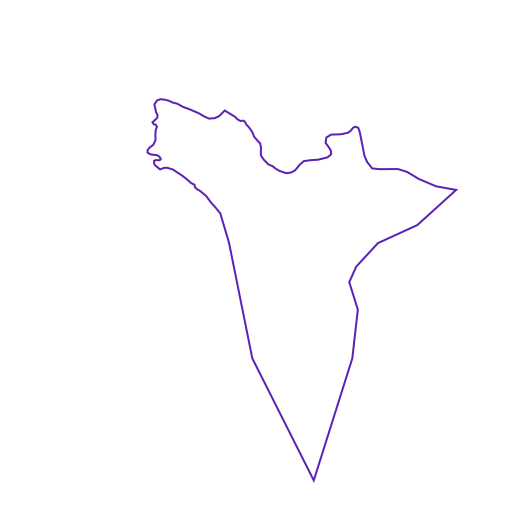 the Governorate of Ma'rib, rotated 121°
{"feature_id": "YEM-337", "entity_name": "Ma'rib", "entity_type": "Governorate", "adm_level": 1, "iso_a3": "YEM", "parent_name": "Yemen", "parent_adm1": "", "projection": "equal_earth", "projection_center": [45.213, 15.324], "detail": "fine", "context": "isolated", "style": "outline", "palette": "violet", "viewbox_px": 512, "rotation_deg": 121, "n_neighbors": 0, "source": "natural_earth", "source_scale": "10m", "svg_char_len": 1551}
<svg xmlns="http://www.w3.org/2000/svg" viewBox="0 0 512 512"><g transform="rotate(121 256 256)"><path d="M213.4,164.6L230.4,162.6L249.5,141.1L294.2,120.7L418.6,90.9L345.6,206.5L258.6,285.9L237.9,308.5L234.8,317.1L233.6,321.4L230.2,329.8L229.0,337.8L229.1,341.3L228.4,343.8L226.5,345.5L226.8,347.2L226.8,349.7L225.8,355.1L225.1,361.0L224.7,371.9L226.1,377.5L227.9,380.3L231.2,382.8L230.2,389.4L229.0,391.1L226.9,392.4L225.4,391.3L224.3,389.2L223.5,387.9L222.0,387.5L220.7,389.7L220.5,392.6L223.2,398.7L223.2,402.3L220.8,403.5L217.4,402.9L213.6,401.3L208.3,401.9L203.4,405.0L199.2,407.0L196.3,407.4L195.1,409.4L195.7,411.5L194.7,413.6L188.5,411.8L186.0,412.9L184.3,415.6L178.5,421.1L173.8,421.0L170.9,418.8L169.1,415.0L167.8,410.7L167.4,406.5L166.0,401.9L165.8,395.3L164.5,388.7L163.1,378.4L163.1,372.4L162.4,367.0L159.3,362.6L155.3,359.7L147.4,357.7L147.5,345.6L148.4,342.6L148.3,338.8L147.1,337.4L146.4,336.1L146.7,334.5L148.3,332.1L149.4,328.1L151.3,323.8L152.9,321.4L154.7,319.0L156.6,313.4L157.3,310.5L159.9,308.0L167.2,303.7L169.4,299.0L171.1,292.7L170.5,288.0L171.0,284.1L171.0,279.8L169.5,272.9L166.6,269.1L162.1,266.5L155.3,265.6L150.1,263.9L146.3,259.3L141.4,252.3L134.8,245.7L132.2,244.6L129.9,244.0L126.9,246.4L125.1,250.0L123.2,254.6L118.2,256.7L113.3,254.2L108.2,246.3L103.2,240.8L99.7,239.3L96.3,238.9L94.1,237.6L93.4,234.4L96.5,230.7L114.2,214.7L118.2,209.1L121.1,201.5L117.9,194.8L108.3,179.0L106.1,169.8L106.1,156.0L103.5,137.5L96.3,118.5L146.3,133.6L182.1,158.1L213.4,164.6Z" fill="none" stroke="#5b21b6" stroke-width="2"/></g></svg>